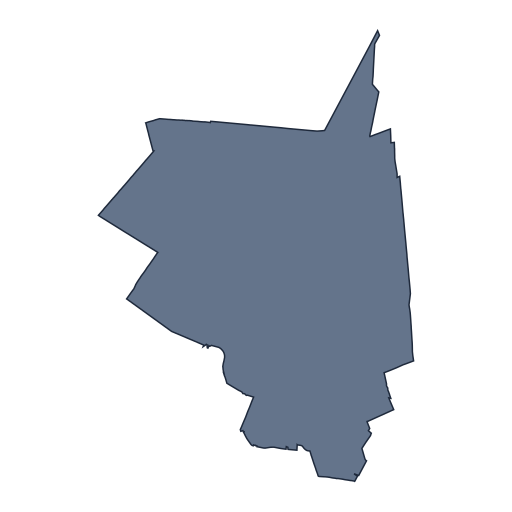 the district of De Bilt, Utrecht, Netherlands
{"feature_id": "6326949B89861616771264", "entity_name": "De Bilt", "entity_type": "district", "adm_level": 2, "iso_a3": "NLD", "parent_name": "Netherlands", "parent_adm1": "Utrecht", "projection": "albers", "projection_center": [5.169, 52.145], "detail": "fine", "context": "isolated", "style": "filled", "palette": "slate", "viewbox_px": 512, "rotation_deg": 0, "n_neighbors": 0, "source": "geoboundaries", "source_scale": "gbopen_adm2", "svg_char_len": 5932}
<svg xmlns="http://www.w3.org/2000/svg" viewBox="0 0 512 512"><path d="M377.6,30.7L369.2,46.8L361.2,61.8L357.7,68.4L324.6,130.5L321.7,130.8L317.1,131.1L310.9,130.6L288.8,128.6L287.7,128.5L280.4,127.7L274.7,127.2L265.1,126.3L251.0,125.0L250.5,125.0L246.8,124.6L210.7,121.3L210.3,122.6L209.3,122.4L207.6,122.2L206.9,122.1L205.1,121.9L204.0,121.9L203.5,121.9L199.3,121.6L199.1,121.6L198.9,121.5L198.6,121.5L197.8,121.4L192.5,121.1L192.4,121.0L192.2,120.9L189.3,120.6L189.1,120.6L188.9,120.6L188.1,120.6L186.3,120.5L185.8,120.6L184.2,120.3L183.0,120.3L182.8,120.3L182.3,120.2L182.2,120.1L181.9,120.1L181.4,120.2L181.0,120.2L179.4,120.1L179.2,120.0L178.3,120.0L176.9,120.0L175.6,119.9L174.6,119.8L172.8,119.7L172.6,119.7L170.8,119.5L169.9,119.5L169.4,119.4L168.3,119.4L166.2,119.2L159.8,118.7L159.2,118.8L157.1,119.4L155.6,119.8L153.4,120.6L150.4,121.4L148.6,121.9L147.4,122.3L145.7,122.9L145.9,123.3L146.8,127.0L147.2,128.5L147.8,130.9L148.5,133.4L148.7,134.5L153.0,150.8L153.2,151.0L153.3,151.0L153.7,151.0L153.8,151.0L153.2,151.8L151.8,153.4L149.6,156.0L147.5,158.4L147.3,158.7L147.1,158.9L146.6,159.4L145.1,161.1L144.9,161.4L144.7,161.7L144.5,161.9L142.7,164.0L137.8,169.7L136.4,171.2L135.2,172.7L133.8,174.3L132.9,175.5L132.6,175.8L131.0,177.5L129.4,179.5L124.7,185.0L123.7,186.1L123.5,186.3L121.3,188.9L119.3,191.0L118.9,191.6L118.7,191.8L117.9,192.9L116.3,194.7L115.7,195.4L114.8,196.4L114.5,196.7L114.4,196.9L114.3,197.1L114.1,197.3L113.5,197.8L112.7,198.8L112.4,199.2L111.7,199.8L111.6,200.1L111.1,200.6L109.8,202.1L106.2,206.3L106.0,206.5L105.3,207.3L105.0,207.6L104.3,208.4L103.0,210.1L102.3,210.9L102.2,211.0L100.9,212.5L98.4,215.3L98.8,215.6L100.2,216.6L112.1,224.0L113.4,224.8L121.4,229.8L124.6,231.8L141.1,242.0L157.8,252.4L156.7,253.9L155.0,256.4L152.9,259.6L152.4,260.2L152.1,260.7L151.3,261.8L150.1,263.6L148.3,266.0L147.5,267.1L146.8,268.1L145.5,270.2L144.7,271.3L144.0,272.3L143.5,273.0L142.1,274.8L141.1,276.2L140.8,276.6L140.3,277.5L138.3,280.4L137.6,281.5L137.2,282.1L136.4,283.5L135.7,284.6L135.4,285.5L134.9,286.6L134.2,288.1L134.1,288.4L133.9,288.8L132.9,290.1L131.0,292.7L126.6,298.9L139.8,308.4L149.2,315.2L171.6,331.4L173.7,332.3L188.8,338.7L190.2,339.3L191.7,339.9L203.8,345.1L203.2,346.6L205.4,345.1L206.3,344.3L206.5,344.4L206.4,344.8L207.2,345.0L207.1,345.3L207.1,345.7L207.1,346.3L207.3,347.8L207.9,348.1L208.2,347.4L208.9,345.6L209.7,346.3L211.4,345.5L211.5,345.4L218.9,347.4L219.3,347.7L220.5,348.4L221.7,349.6L222.6,350.6L223.2,351.4L223.7,352.4L224.1,353.4L224.4,354.5L224.6,355.6L224.6,357.5L224.4,358.5L224.0,360.7L223.6,362.2L223.3,363.4L222.9,365.9L222.8,366.4L222.9,367.0L223.1,369.4L223.4,371.0L224.0,373.5L223.7,373.3L224.5,375.9L224.9,376.8L225.1,377.3L225.8,379.5L226.9,383.3L238.8,390.4L239.9,390.9L241.8,391.9L242.9,393.6L244.6,393.7L245.8,395.0L246.6,395.4L247.4,395.2L247.5,395.2L253.6,397.1L251.9,401.2L249.6,407.2L248.7,409.3L247.8,411.4L245.7,417.0L244.8,419.1L244.1,420.7L243.5,422.1L242.2,425.2L241.6,426.7L240.3,429.6L240.8,431.3L242.9,430.6L243.5,432.2L244.0,432.0L243.8,432.6L245.4,435.9L246.8,438.5L247.8,440.0L250.5,443.8L250.6,444.0L251.3,444.8L252.2,445.5L253.3,445.8L253.7,444.9L255.6,445.7L255.7,445.4L257.3,446.2L257.1,446.7L263.4,448.0L265.1,448.1L270.3,447.3L272.1,447.2L273.9,447.2L275.6,447.5L280.8,448.5L286.0,449.2L286.3,446.6L287.9,447.3L287.9,449.1L288.1,449.4L296.9,450.2L297.2,444.7L297.4,444.9L300.8,445.4L301.7,445.7L302.0,445.9L302.4,446.2L304.2,448.5L305.4,449.6L306.6,450.4L308.0,450.8L309.9,451.0L311.0,454.5L311.0,454.8L311.6,456.4L313.8,463.2L314.6,465.5L314.8,466.0L315.2,467.2L315.5,468.0L316.3,470.6L316.7,471.6L317.0,472.4L317.8,474.7L318.0,475.5L318.1,475.8L318.2,476.0L318.4,476.2L318.5,476.2L318.9,476.4L319.5,476.5L321.1,476.6L324.5,476.8L325.0,476.8L327.4,477.0L328.6,477.2L329.0,477.2L332.4,477.9L332.7,477.9L333.1,478.0L335.0,478.2L336.8,478.6L337.7,478.5L337.9,478.5L342.7,479.2L344.5,479.6L348.6,480.2L350.1,480.5L351.5,480.6L354.3,481.1L354.6,481.2L354.7,481.3L354.8,481.2L357.5,476.1L354.6,474.3L354.7,474.0L358.7,475.5L366.5,460.8L365.9,460.4L365.6,460.0L365.2,459.5L364.8,458.5L361.9,448.4L365.7,442.5L370.5,435.6L370.9,434.3L371.1,433.7L371.3,433.2L368.4,430.7L369.7,428.5L369.0,426.7L368.4,425.2L367.0,421.6L367.1,421.4L367.9,421.3L368.1,421.2L393.7,409.6L391.2,403.7L390.3,401.6L388.8,397.9L390.8,398.3L390.4,397.2L389.9,395.8L389.4,394.1L388.4,391.3L388.1,390.8L387.9,390.3L387.8,389.9L387.8,389.2L387.8,388.7L387.7,388.3L387.7,387.9L387.5,387.6L387.3,387.2L386.8,386.6L386.7,386.4L386.6,385.9L386.5,385.6L386.5,384.3L386.5,383.8L384.1,372.7L386.5,371.8L390.3,370.3L396.4,367.8L401.5,365.5L403.0,364.8L405.3,364.0L408.8,362.7L413.6,360.9L412.8,355.5L412.4,351.7L412.3,345.7L412.2,343.2L412.1,341.7L411.9,338.9L411.5,332.0L411.3,329.1L411.2,327.6L411.2,326.7L410.9,322.7L410.7,319.6L410.4,315.2L410.2,312.8L410.0,311.4L409.7,309.1L409.3,307.0L409.0,304.8L410.4,293.7L410.1,289.7L409.6,284.3L409.4,282.1L408.9,277.4L408.2,269.2L407.6,263.0L407.3,259.5L407.1,257.8L407.0,256.3L406.9,254.5L406.1,246.2L406.0,245.0L405.9,243.7L404.6,230.2L404.4,227.8L404.3,226.8L403.9,222.1L403.8,221.5L403.7,219.8L403.3,216.0L403.2,214.7L403.1,213.9L402.9,212.1L402.0,201.5L401.2,192.8L401.1,191.5L401.0,191.0L401.0,190.3L400.7,188.1L400.7,187.7L400.4,184.0L400.4,183.6L400.0,179.6L399.7,176.3L397.1,177.5L397.1,177.0L397.1,175.9L397.1,174.3L397.1,173.9L396.9,172.6L395.6,164.7L395.1,161.9L394.8,159.3L394.7,158.0L394.7,155.7L394.6,151.8L394.6,148.6L394.5,148.4L394.4,145.3L394.3,142.4L390.9,142.8L390.7,135.5L390.4,128.9L384.5,131.1L378.5,133.4L375.7,134.4L374.6,134.8L373.9,135.1L371.6,136.0L370.0,136.6L369.7,136.0L370.4,132.7L370.9,130.7L371.3,128.6L371.6,127.0L372.6,122.5L373.2,119.2L374.7,111.9L374.9,110.8L376.1,105.0L377.1,100.3L378.8,91.9L377.4,90.3L375.4,87.9L372.4,84.3L372.7,79.1L373.0,76.6L373.3,70.9L373.3,69.9L374.4,49.3L374.6,46.5L374.6,45.4L374.7,43.9L379.5,35.4L377.6,30.7Z" fill="#64748b" stroke="#1e293b" stroke-width="1.5"/></svg>